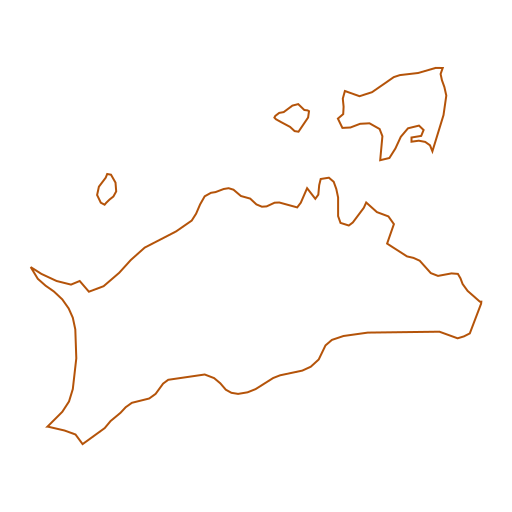 SVG path tracing the border of Kagawa
{"feature_id": "JPN-1833", "entity_name": "Kagawa", "entity_type": "Prefecture", "adm_level": 1, "iso_a3": "JPN", "parent_name": "Japan", "parent_adm1": "", "projection": "equal_earth", "projection_center": [134.035, 34.276], "detail": "fine", "context": "isolated", "style": "outline", "palette": "amber", "viewbox_px": 512, "rotation_deg": 0, "n_neighbors": 0, "source": "natural_earth", "source_scale": "10m", "svg_char_len": 2215}
<svg xmlns="http://www.w3.org/2000/svg" viewBox="0 0 512 512"><path d="M47.5,426.6L62.3,411.8L69.0,401.5L72.8,389.1L76.3,358.3L75.3,329.4L72.8,317.7L68.7,308.5L62.3,299.4L53.9,291.5L45.6,285.7L37.8,278.8L30.7,267.1L41.4,273.9L56.6,281.0L71.0,284.6L79.7,281.0L88.9,291.7L103.6,286.2L119.2,272.8L130.8,260.0L144.7,247.6L176.1,231.4L191.7,220.6L196.1,213.7L200.1,204.4L204.7,196.3L211.0,192.8L215.5,192.1L223.7,189.0L228.6,188.2L233.5,189.7L240.9,196.0L250.2,198.6L256.4,204.4L261.9,206.7L266.6,206.4L274.6,202.7L279.3,202.5L297.2,207.4L300.8,202.7L307.1,188.2L315.3,198.8L318.3,194.7L319.2,185.1L320.7,179.0L328.9,177.7L333.7,181.8L336.3,189.0L338.1,197.5L338.1,216.1L340.5,222.9L348.8,225.5L352.8,222.5L363.8,207.8L366.2,202.5L376.9,212.1L388.4,216.4L393.9,224.1L387.1,243.6L407.0,256.4L413.5,257.9L419.7,260.7L430.8,273.1L438.0,275.9L451.5,273.4L457.9,273.9L460.5,278.4L462.6,284.0L467.6,290.9L479.9,301.7L481.3,301.7L481.1,303.7L469.8,333.4L463.9,336.4L457.6,338.3L439.4,331.7L367.8,332.6L343.5,336.0L331.9,339.9L325.5,345.4L318.7,359.5L310.8,366.7L302.3,370.6L280.1,375.3L273.2,378.0L255.6,389.1L247.6,392.3L238.1,393.9L231.4,392.8L225.8,389.7L220.3,383.3L214.1,378.1L204.7,374.5L168.2,379.8L163.1,383.6L155.6,393.9L149.2,398.5L131.9,402.8L125.7,407.2L120.5,412.8L110.6,421.0L104.7,428.1L82.6,444.1L75.5,434.5L64.5,430.5L47.7,426.6L47.5,426.6ZM442.7,68.0L440.6,74.0L441.9,80.1L444.4,87.1L446.3,95.6L443.5,115.1L432.4,151.3L430.0,145.3L425.2,141.9L418.8,140.7L411.5,141.7L411.5,137.5L421.2,135.9L423.6,130.0L419.0,125.6L408.0,128.3L400.8,136.8L395.4,148.5L389.4,158.0L380.2,160.2L382.4,136.2L379.6,129.0L369.5,123.3L360.1,123.8L350.4,127.5L342.4,127.9L337.9,118.6L343.2,114.1L343.6,106.8L342.8,98.6L344.9,91.0L359.5,96.2L372.0,92.2L393.8,77.1L399.9,75.1L418.1,73.0L435.7,67.9L442.7,68.0ZM280.7,121.9L275.9,119.2L274.4,117.6L275.3,115.9L279.2,112.9L283.7,112.1L292.4,105.6L298.2,104.1L300.3,106.1L304.3,110.0L307.6,110.4L309.0,111.2L308.1,117.5L298.5,131.7L294.6,131.1L290.3,127.1L289.9,126.8L280.7,121.9ZM111.0,174.7L115.5,182.6L116.2,191.4L113.4,196.5L109.6,199.5L106.2,202.8L104.6,204.7L100.8,202.7L97.1,195.0L98.9,186.7L105.7,177.7L107.2,174.0L111.0,174.7Z" fill="none" stroke="#b45309" stroke-width="2"/></svg>